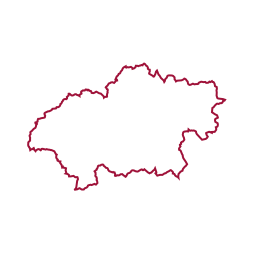 the district of Cho Don, Bắc Kạn, Vietnam, rotated 76°
{"feature_id": "81297802B41242908240864", "entity_name": "Cho Don", "entity_type": "district", "adm_level": 2, "iso_a3": "VNM", "parent_name": "Vietnam", "parent_adm1": "Bắc Kạn", "projection": "orthographic", "projection_center": [105.544, 22.187], "detail": "fine", "context": "isolated", "style": "outline", "palette": "rose", "viewbox_px": 256, "rotation_deg": 76, "n_neighbors": 0, "source": "geoboundaries", "source_scale": "gbopen_adm2", "svg_char_len": 5805}
<svg xmlns="http://www.w3.org/2000/svg" viewBox="0 0 256 256"><g transform="rotate(76 128 128)"><path d="M124.1,27.0L122.9,28.9L121.2,33.4L120.4,34.1L118.0,34.2L115.0,33.3L112.7,33.0L111.6,32.3L109.7,32.0L108.5,33.4L106.0,33.3L104.4,33.7L104.0,34.1L103.8,34.8L102.8,35.2L103.4,36.9L102.7,37.8L103.4,38.9L103.4,39.8L103.1,41.2L102.0,41.9L101.8,43.5L100.8,45.8L101.1,48.0L101.4,48.6L102.1,49.0L102.2,49.9L101.8,51.6L101.7,53.0L100.7,54.3L101.2,56.8L101.1,57.8L100.2,58.8L99.0,59.0L97.3,58.9L96.1,59.7L95.4,59.8L94.8,60.1L93.9,61.0L93.7,61.4L94.3,62.4L94.7,64.5L94.0,68.8L94.4,70.2L93.2,70.4L92.2,71.0L90.1,70.6L88.4,71.6L87.7,72.6L86.9,75.3L86.8,76.3L87.1,77.2L88.5,78.2L89.7,80.1L91.6,81.1L92.1,81.7L90.5,81.9L87.5,83.9L84.7,84.7L83.7,85.4L79.3,86.0L80.1,87.2L82.1,88.3L84.1,90.0L84.4,90.5L84.3,90.9L83.3,91.4L80.5,94.3L80.0,94.3L78.2,93.1L76.7,92.8L76.3,93.7L75.7,94.2L75.3,94.4L74.3,94.1L72.8,94.4L71.8,95.4L70.3,95.9L69.4,96.8L70.0,98.1L70.7,98.7L70.1,99.8L70.4,100.7L70.3,101.6L70.5,103.1L70.0,103.7L69.5,105.3L71.0,106.2L71.1,106.8L71.6,107.6L71.7,109.3L70.8,109.2L69.4,110.4L69.4,112.6L68.8,114.0L69.0,115.0L68.7,115.4L68.3,115.6L67.6,115.4L67.9,116.7L68.4,118.0L69.2,118.9L70.4,119.7L71.5,121.4L72.7,122.2L73.2,123.0L73.2,123.9L74.5,124.9L75.3,126.5L77.7,128.3L78.4,127.1L79.3,127.1L79.3,128.7L80.1,129.3L80.9,130.6L79.8,132.1L79.7,133.7L80.0,134.3L80.2,135.9L81.8,137.5L82.9,139.5L83.3,139.8L84.3,139.1L85.1,139.1L85.7,138.4L86.5,138.5L87.7,139.1L88.8,139.2L89.3,139.7L91.3,140.6L92.1,140.6L92.6,141.0L92.3,142.6L92.4,143.5L92.7,144.0L91.3,144.0L88.1,146.0L87.3,147.6L85.1,149.9L85.1,150.4L85.6,151.7L85.8,153.1L85.3,154.5L85.1,154.8L83.5,154.9L83.0,155.2L82.8,156.1L82.1,156.9L81.5,156.9L81.3,157.2L81.1,157.8L81.5,158.4L80.8,158.9L80.4,159.5L80.4,159.9L81.1,160.8L81.0,161.8L80.6,162.5L81.2,164.4L81.5,164.7L82.0,164.9L82.9,164.7L83.4,164.8L84.1,167.1L85.2,167.3L84.7,167.7L84.6,168.1L84.0,168.7L83.5,169.6L82.8,170.1L82.5,170.8L82.5,171.7L83.0,172.9L83.0,174.4L82.4,175.2L80.7,176.3L80.4,176.9L80.4,177.3L82.1,177.8L83.1,179.8L84.1,179.8L84.7,180.1L85.1,181.0L84.6,182.0L84.7,182.4L84.7,183.3L85.3,184.3L86.2,184.9L86.6,185.7L87.4,186.1L88.1,186.9L88.3,187.1L88.4,187.8L89.2,188.1L90.3,189.0L90.9,190.4L90.5,192.1L90.7,192.5L91.3,192.8L91.6,193.2L91.1,196.7L91.8,197.3L92.4,198.7L92.7,200.6L92.5,201.6L93.1,204.7L93.6,205.5L94.2,205.6L95.0,205.7L95.5,205.4L96.1,205.4L97.6,206.2L97.7,207.0L97.5,210.1L97.7,211.5L97.4,213.0L98.7,213.9L99.9,214.2L100.2,214.9L100.2,216.5L100.6,216.7L101.2,216.6L101.6,215.4L102.0,215.3L102.9,216.4L104.3,217.0L105.4,217.8L106.1,219.8L107.7,222.2L108.1,223.4L108.5,223.8L110.4,224.0L111.3,225.1L111.8,225.4L113.8,225.3L115.2,225.8L116.1,225.9L116.9,226.5L117.2,227.4L117.8,228.2L120.4,229.0L121.5,229.0L122.1,228.6L123.0,228.6L123.7,228.1L125.8,228.2L125.2,226.8L125.4,225.6L124.7,224.7L124.6,224.3L125.1,224.2L125.9,224.5L128.1,223.3L127.4,222.7L126.8,220.6L126.9,219.6L128.5,218.1L128.2,217.6L127.4,217.0L127.5,216.0L127.8,215.3L128.2,214.9L128.4,214.1L128.9,213.4L129.0,213.0L128.8,212.2L129.7,210.5L130.2,209.1L130.7,208.4L130.9,207.6L132.8,205.1L135.9,204.3L136.6,203.6L137.5,204.3L139.4,204.8L140.6,204.5L141.6,203.8L142.3,204.3L142.5,204.3L143.6,203.2L144.1,201.7L145.4,202.3L147.7,201.4L150.3,201.4L149.9,200.5L150.8,200.4L151.4,199.0L152.1,197.9L154.1,198.8L156.7,198.7L157.1,199.5L158.0,197.8L159.2,196.7L160.7,196.9L161.1,195.3L161.3,192.4L162.9,191.2L163.2,190.5L163.3,189.2L163.6,188.9L165.5,188.9L167.0,190.1L173.0,192.5L174.3,193.5L175.0,195.1L175.2,192.0L174.7,189.9L174.7,189.5L176.3,188.0L176.6,187.5L176.9,186.2L176.9,185.6L176.4,185.1L176.0,184.3L175.8,182.6L175.1,181.4L174.2,180.8L174.0,180.0L174.0,178.0L174.5,177.3L174.5,176.6L174.1,174.1L175.0,173.2L175.1,172.5L174.7,172.2L174.0,171.0L173.4,170.9L171.9,170.8L170.8,171.1L169.9,170.5L169.3,170.6L168.5,170.4L168.2,170.4L167.1,171.2L166.2,171.2L165.5,170.7L164.5,170.6L163.8,170.3L161.9,170.9L160.8,168.4L160.2,168.3L159.7,167.5L157.6,166.2L157.4,165.6L157.7,163.9L157.2,162.9L157.3,161.6L157.4,161.2L158.1,160.7L158.8,160.7L160.0,159.7L161.2,159.1L161.8,157.9L162.3,157.5L164.3,157.2L165.4,156.6L167.1,154.1L167.1,153.2L167.6,153.1L167.8,151.8L169.7,151.6L171.1,152.2L171.4,152.0L171.5,150.9L171.2,149.9L171.6,149.1L171.7,147.8L171.1,146.4L171.4,144.7L173.0,143.7L174.0,142.6L174.7,142.3L174.6,141.8L174.1,141.2L172.3,139.6L172.0,138.9L171.9,137.3L171.4,136.1L170.7,135.5L170.1,134.3L170.3,133.3L170.8,132.3L171.7,131.3L172.5,129.6L172.6,128.9L171.6,125.8L171.5,124.8L171.6,124.5L172.4,124.0L172.6,123.2L172.0,122.1L175.9,119.4L177.2,118.0L176.9,117.2L176.9,116.2L175.3,113.6L175.0,112.6L173.7,111.5L177.8,111.2L178.3,111.4L178.6,112.3L181.3,111.1L181.2,108.4L181.8,105.9L180.9,103.6L181.0,102.4L180.2,100.7L179.9,99.0L179.2,97.0L179.4,96.5L181.3,95.2L182.2,95.1L183.0,95.5L183.8,94.1L185.5,93.7L186.8,92.7L187.3,91.7L188.4,91.1L187.2,91.0L184.9,90.1L183.1,87.6L182.6,85.4L181.6,85.0L180.8,84.3L179.2,82.1L178.9,81.2L177.4,79.4L174.8,80.1L170.7,81.6L168.8,81.7L167.6,81.5L166.3,81.9L162.8,82.4L162.2,82.8L161.5,83.7L160.2,83.4L158.5,81.5L157.1,81.8L156.8,81.7L156.3,80.3L155.0,80.1L154.5,79.1L154.4,77.9L153.0,76.2L150.9,76.1L149.6,76.4L147.8,76.5L145.6,75.5L145.1,74.3L145.4,71.6L145.9,70.6L144.8,69.9L144.0,69.6L145.7,68.4L145.7,67.0L146.2,65.9L146.3,64.8L146.9,63.9L147.9,62.9L149.3,63.0L150.6,62.7L157.3,59.0L157.4,55.2L156.8,53.9L155.7,52.7L153.8,53.4L152.1,53.5L151.7,53.3L151.3,50.2L152.9,47.9L152.1,47.8L152.7,44.8L151.1,42.9L150.2,42.6L148.5,42.6L148.3,41.1L147.6,40.4L146.1,39.9L145.0,39.9L143.1,41.8L141.3,41.7L140.3,41.0L139.7,38.3L139.0,38.3L137.2,38.5L135.8,40.2L133.0,42.7L129.0,41.3L128.5,39.9L127.1,38.1L126.0,36.1L126.0,35.5L126.6,34.2L126.2,32.7L126.5,31.4L126.3,30.5L125.9,30.0L124.8,29.3L124.8,27.8L124.1,27.0Z" fill="none" stroke="#9f1239" stroke-width="2"/></g></svg>